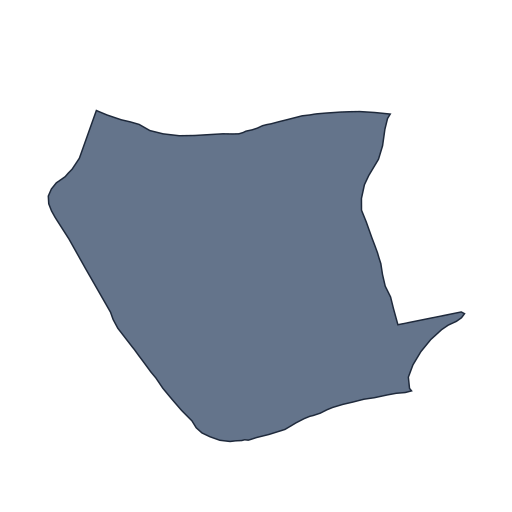 outline of Chbar Ampov, Kândal, Cambodia, rotated 347°
{"feature_id": "14789045B58474594002009", "entity_name": "Chbar Ampov", "entity_type": "district", "adm_level": 2, "iso_a3": "KHM", "parent_name": "Cambodia", "parent_adm1": "Kândal", "projection": "natural_earth1", "projection_center": [104.993, 11.51], "detail": "fine", "context": "isolated", "style": "filled", "palette": "slate", "viewbox_px": 512, "rotation_deg": 347, "n_neighbors": 0, "source": "geoboundaries", "source_scale": "gbopen_adm2", "svg_char_len": 1616}
<svg xmlns="http://www.w3.org/2000/svg" viewBox="0 0 512 512"><g transform="rotate(347 256 256)"><path d="M418.7,147.9L404.0,142.9L389.6,138.6L379.7,136.5L370.9,134.8L356.5,132.5L347.5,131.2L344.4,130.9L340.3,130.7L332.5,129.8L315.6,130.2L308.9,130.3L300.3,130.6L296.2,130.4L291.7,130.5L286.1,131.7L280.6,132.2L274.3,132.1L271.3,132.8L266.8,133.1L260.9,131.9L251.2,129.5L237.7,127.2L223.4,124.8L208.4,121.6L193.0,116.1L180.8,109.9L171.7,101.5L163.6,97.0L155.4,93.0L149.7,89.5L142.6,85.1L135.2,79.8L133.2,78.3L105.9,121.0L96.3,130.1L91.9,132.9L87.9,135.8L77.9,139.8L71.7,144.7L67.1,150.9L65.8,158.5L66.9,166.0L68.9,173.0L70.2,176.7L76.8,195.2L77.5,197.1L86.9,229.3L101.6,278.0L102.5,285.7L105.1,295.3L114.8,316.4L116.4,319.7L119.5,327.0L122.9,334.7L127.5,345.4L131.0,352.3L135.5,364.0L141.9,376.7L148.8,389.8L156.5,402.2L159.1,409.9L163.5,416.2L170.4,421.7L179.3,427.4L189.0,430.9L194.6,431.5L200.6,432.6L203.6,432.5L207.1,433.7L210.1,433.5L215.6,433.0L228.5,432.8L245.2,431.5L257.3,427.6L266.3,425.3L272.4,424.3L275.8,424.3L278.9,424.0L283.2,423.6L290.5,421.8L296.6,420.8L307.4,420.1L317.5,420.1L328.8,419.8L339.6,420.7L352.7,420.9L361.7,421.3L370.7,422.6L377.2,422.4L375.8,419.5L377.2,408.3L384.4,397.4L395.1,386.3L407.5,376.7L420.3,369.5L427.7,366.6L436.7,364.7L442.3,362.4L446.2,359.1L443.4,356.7L378.8,354.9L378.1,337.9L377.9,326.2L375.1,314.4L375.1,302.4L375.6,295.6L375.9,291.6L375.4,285.6L375.1,280.2L374.1,272.3L373.0,264.3L371.1,247.7L369.1,235.1L371.7,223.6L377.7,210.9L384.0,202.9L397.1,189.3L404.1,177.1L410.1,161.5L415.1,151.6L418.7,147.9Z" fill="#64748b" stroke="#1e293b" stroke-width="1.5"/></g></svg>